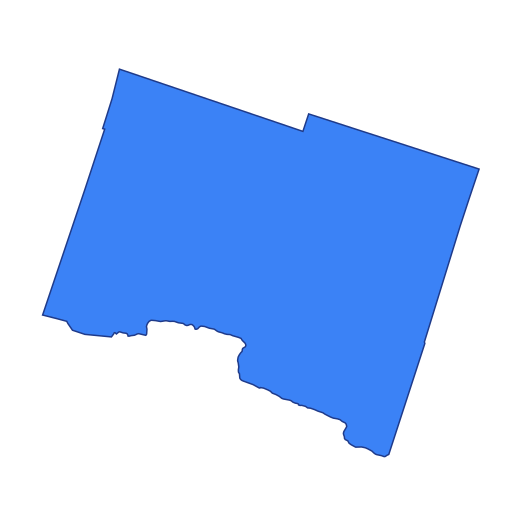 Koochiching, Minnesota, United States of America, rotated 198°
{"feature_id": "52423323B71326746759120", "entity_name": "Koochiching", "entity_type": "district", "adm_level": 2, "iso_a3": "USA", "parent_name": "United States of America", "parent_adm1": "Minnesota", "projection": "robinson", "projection_center": [-93.793, 48.279], "detail": "fine", "context": "isolated", "style": "filled", "palette": "blue", "viewbox_px": 512, "rotation_deg": 198, "n_neighbors": 0, "source": "geoboundaries", "source_scale": "gbopen_adm2", "svg_char_len": 2433}
<svg xmlns="http://www.w3.org/2000/svg" viewBox="0 0 512 512"><g transform="rotate(198 256 256)"><path d="M440.7,133.9L425.7,134.9L415.8,135.4L415.3,134.9L414.1,133.7L407.6,128.7L394.5,128.6L368.8,134.3L368.6,134.3L368.3,134.9L367.2,138.1L367.2,138.9L366.9,139.3L366.6,139.5L366.3,139.5L364.7,138.7L363.4,140.7L363.2,141.1L362.2,141.8L358.7,141.8L355.6,142.4L354.5,142.2L353.2,140.9L353.0,140.3L352.8,140.3L351.8,140.6L350.3,141.6L347.1,143.1L346.4,143.7L344.7,145.3L343.5,145.9L336.4,146.5L336.1,146.9L335.9,148.0L337.1,152.7L338.4,155.1L338.5,157.0L338.1,159.2L337.4,160.9L336.1,162.3L335.5,162.6L331.6,163.5L326.5,164.2L322.2,166.4L321.3,166.7L317.6,167.2L315.3,168.1L313.4,168.6L309.3,168.5L304.8,169.3L304.1,169.3L302.1,168.5L300.3,168.5L299.2,169.1L297.7,170.4L297.1,170.7L295.8,171.0L295.2,170.9L293.7,170.2L292.5,169.3L291.4,167.7L290.7,167.7L289.8,168.1L288.9,168.9L288.1,170.7L287.2,171.9L286.8,172.2L286.1,172.5L283.0,173.1L278.0,172.9L273.5,173.5L272.5,173.4L270.1,172.6L268.4,172.3L264.4,172.5L262.0,172.3L259.4,172.5L256.3,173.3L255.3,173.2L253.4,173.0L251.0,173.1L247.5,173.2L244.7,173.0L243.9,172.2L242.8,171.4L239.8,169.9L239.0,169.3L238.1,168.1L238.0,167.2L238.1,166.5L238.3,166.1L239.8,164.4L240.1,163.8L240.1,162.7L239.8,161.4L239.8,160.9L240.7,159.0L241.3,157.0L241.7,154.7L241.7,154.0L241.3,151.4L241.0,150.5L239.9,148.9L238.1,145.2L237.6,142.3L236.9,140.4L236.5,139.8L235.4,139.0L233.7,134.9L232.8,134.1L231.9,133.6L231.0,133.3L228.9,133.1L219.1,132.8L212.3,131.5L211.5,131.6L211.2,132.2L210.8,132.3L208.0,132.7L203.2,132.3L200.4,131.8L198.6,130.8L197.9,130.6L194.2,130.4L190.5,129.7L187.5,128.6L185.8,128.5L179.5,129.3L177.8,129.2L175.7,128.4L173.2,128.2L171.0,128.5L169.9,128.3L169.5,127.5L167.9,127.5L166.4,128.1L162.4,128.3L160.0,127.5L157.2,128.1L152.7,128.0L149.2,127.6L144.0,127.6L141.2,126.8L135.4,125.9L132.4,125.7L128.2,126.3L125.5,126.3L122.9,125.3L119.9,124.9L119.2,124.6L118.3,123.9L118.2,123.8L117.1,122.1L117.1,121.2L118.2,116.2L118.1,114.4L117.6,113.4L116.1,111.4L115.5,109.9L114.4,109.0L111.6,108.6L109.6,106.7L107.1,105.9L102.2,105.0L96.6,107.0L92.7,107.4L89.8,107.1L85.5,106.3L82.8,105.0L81.2,104.5L79.9,104.4L75.0,104.9L72.3,104.8L71.6,105.0L70.9,105.5L70.1,106.7L68.4,108.3L68.4,225.0L69.3,226.3L71.1,347.8L71.0,377.0L70.7,407.6L249.8,407.4L249.9,389.0L443.6,391.5L441.5,361.1L441.2,329.8L439.1,329.9L439.3,266.1L440.7,133.9Z" fill="#3b82f6" stroke="#1e3a8a" stroke-width="1.5"/></g></svg>